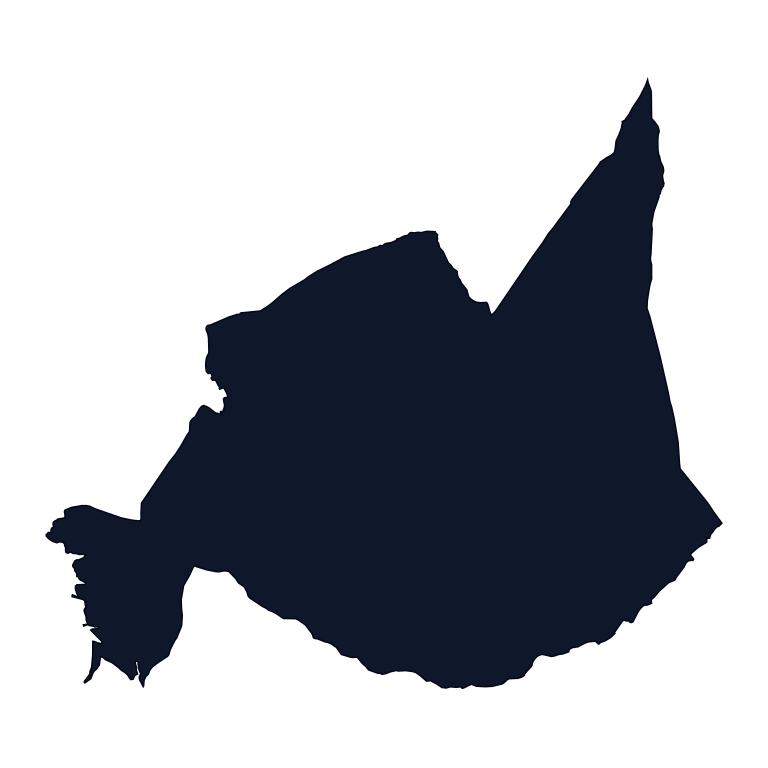 the district of Poplaca, Sibiu, Romania
{"feature_id": "2599482B75853154347523", "entity_name": "Poplaca", "entity_type": "district", "adm_level": 2, "iso_a3": "ROU", "parent_name": "Romania", "parent_adm1": "Sibiu", "projection": "equal_earth", "projection_center": [24.032, 45.739], "detail": "fine", "context": "isolated", "style": "filled", "palette": "ink", "viewbox_px": 768, "rotation_deg": 0, "n_neighbors": 0, "source": "geoboundaries", "source_scale": "gbopen_adm2", "svg_char_len": 6024}
<svg xmlns="http://www.w3.org/2000/svg" viewBox="0 0 768 768"><path d="M143.2,686.7L143.6,686.1L144.1,680.3L145.8,676.5L148.3,674.2L149.9,670.1L152.1,667.2L157.0,663.3L167.6,656.3L168.8,654.7L169.8,650.9L171.2,647.6L174.7,640.8L176.8,637.7L181.3,626.7L181.7,625.1L182.3,615.2L181.5,608.8L181.2,599.7L183.6,585.6L189.9,574.6L193.4,566.7L195.1,566.2L206.6,569.8L216.3,571.7L219.5,571.8L222.9,571.0L225.9,570.9L228.9,571.5L235.8,578.7L238.4,582.8L244.3,586.9L246.9,591.8L248.2,596.1L249.7,597.9L262.3,606.3L266.3,608.3L268.6,610.2L272.1,611.4L277.0,614.1L283.4,618.5L295.5,618.7L298.2,619.9L305.4,624.9L312.2,633.9L313.5,637.8L314.8,638.5L317.5,638.8L324.6,641.7L327.8,642.4L330.7,643.6L336.5,647.5L341.3,654.4L350.2,657.1L353.0,657.5L357.1,657.0L362.4,663.5L366.3,666.9L368.5,669.9L378.0,673.3L380.3,673.2L381.8,674.3L385.5,673.7L390.5,671.8L396.1,670.5L398.6,671.0L405.3,670.6L412.2,671.4L415.8,672.5L420.2,675.6L426.5,681.1L430.5,680.7L436.9,684.1L441.9,687.5L446.3,688.0L450.2,686.8L456.2,687.3L460.7,686.8L462.0,688.2L463.6,688.0L471.3,684.2L476.2,686.2L485.2,686.7L492.3,686.3L501.9,684.0L503.5,683.2L507.4,679.6L509.3,678.7L517.8,678.3L521.5,677.2L524.0,675.7L524.6,675.0L524.5,674.0L531.7,666.0L532.8,661.9L533.9,660.1L535.8,657.6L538.0,655.8L541.2,654.5L543.1,654.5L551.6,656.5L554.7,655.9L558.3,654.6L562.7,653.9L568.7,651.8L569.1,649.9L570.7,648.4L573.0,647.5L578.0,646.8L584.7,643.2L588.3,641.9L594.9,641.2L596.3,641.8L598.1,643.9L599.1,643.9L600.0,642.8L605.7,640.5L610.8,637.4L614.9,633.4L614.3,632.7L622.3,621.2L623.8,620.0L626.1,620.9L629.2,621.1L630.1,622.4L631.4,622.5L632.9,621.9L638.4,611.2L640.9,608.0L643.3,605.7L644.5,605.2L647.5,605.0L651.6,603.3L651.2,600.9L651.5,599.5L654.4,596.9L659.2,591.2L668.5,582.7L674.8,580.1L676.5,577.0L683.9,567.2L686.3,562.5L688.6,560.7L693.1,560.3L693.6,559.3L692.6,557.5L691.4,556.4L690.8,555.1L690.9,553.7L698.5,547.1L706.7,542.2L706.8,538.2L709.7,538.2L709.9,536.5L711.2,533.6L712.6,532.2L714.8,529.0L716.9,526.9L719.1,526.0L721.9,523.2L713.7,512.0L707.8,503.1L680.1,468.7L679.5,463.7L678.1,442.0L674.2,418.7L671.6,407.0L670.0,402.1L668.0,391.6L660.2,357.1L649.8,316.7L647.0,308.4L647.3,301.0L648.9,290.3L650.1,283.9L651.6,279.0L651.6,264.6L650.5,260.3L650.4,257.8L650.9,254.3L652.2,228.7L651.7,225.8L651.7,223.1L653.9,211.4L659.0,196.9L658.8,195.5L660.2,193.7L660.9,190.1L661.8,189.0L661.8,188.0L663.4,186.1L664.0,183.1L663.4,182.0L662.4,175.7L663.7,170.8L663.2,167.2L660.5,161.2L659.5,156.3L658.8,155.0L658.0,150.3L657.8,141.7L658.1,135.6L659.2,131.0L658.1,126.7L654.6,121.8L651.6,118.4L651.3,92.5L650.9,90.0L648.1,82.5L647.6,79.8L645.7,85.2L639.8,96.8L632.5,107.8L629.1,114.2L624.7,120.4L622.3,121.5L622.3,123.9L621.8,125.5L621.6,127.7L619.0,134.7L616.1,140.9L615.3,148.2L614.7,151.3L613.8,153.1L611.0,155.4L606.8,157.6L600.3,162.1L599.0,164.4L571.5,200.1L570.8,202.4L570.9,204.0L552.5,228.8L548.4,233.7L543.0,242.3L533.0,256.1L500.7,303.6L495.1,311.7L491.4,315.2L489.9,311.9L488.2,305.6L487.5,303.7L486.5,302.4L480.4,302.7L476.2,302.2L473.4,300.8L470.8,299.0L469.3,297.5L468.6,296.5L466.8,289.9L461.2,282.8L460.2,280.0L458.9,278.7L458.2,277.1L457.5,275.4L457.1,271.4L453.0,268.3L450.6,264.8L448.4,262.9L443.1,251.6L439.5,247.4L438.6,243.3L437.3,241.3L437.2,240.1L437.6,239.2L437.1,235.8L437.6,234.9L435.6,232.8L435.1,231.7L426.8,231.3L421.5,232.6L417.7,232.3L414.3,232.9L411.2,232.5L409.9,232.9L407.5,235.4L403.8,236.1L399.2,238.5L397.0,238.8L396.7,240.0L393.6,241.7L390.6,242.7L386.3,243.4L384.7,244.0L382.6,245.7L380.0,245.5L377.7,247.0L374.1,247.6L365.3,250.9L363.2,251.2L344.8,257.0L330.5,264.7L316.9,271.4L308.4,276.8L304.6,279.8L289.8,288.5L282.3,294.1L272.7,302.5L267.7,306.3L260.4,311.0L240.9,312.9L239.4,314.3L237.1,314.4L229.0,317.0L210.4,325.0L207.8,325.4L206.8,326.3L206.1,327.8L206.1,329.5L207.9,334.4L208.5,337.8L208.9,351.3L208.8,353.2L207.2,355.9L206.4,358.3L205.9,361.3L205.6,366.0L206.4,371.5L208.2,373.6L209.6,373.0L210.6,373.1L211.2,373.8L212.4,376.6L211.2,377.7L211.2,378.4L212.5,380.3L215.5,380.0L218.5,385.8L219.6,386.9L219.2,388.6L219.7,389.2L223.1,387.9L223.9,388.0L226.9,393.5L227.8,396.9L227.1,397.4L224.6,397.7L223.6,398.6L223.5,400.0L224.6,405.2L224.0,408.4L223.3,409.8L223.9,410.5L223.6,411.2L220.5,411.6L220.4,412.4L222.4,414.7L215.3,412.8L209.2,408.0L206.5,406.5L203.5,405.5L201.6,406.4L199.5,408.8L195.3,416.6L192.8,418.5L191.1,420.4L190.0,422.6L189.5,431.6L186.7,435.6L181.1,445.6L175.7,454.0L169.5,461.8L141.5,503.1L141.0,512.6L141.1,518.3L140.5,520.6L138.4,520.9L131.7,520.1L121.2,517.9L95.0,508.8L89.6,506.2L86.3,505.6L81.9,505.6L71.9,507.3L65.0,510.1L64.4,511.8L64.9,514.1L65.1,516.7L63.9,518.1L57.9,519.0L54.9,521.6L55.2,520.9L53.9,521.6L53.2,522.7L53.1,524.6L53.5,526.6L53.0,527.6L51.6,528.1L51.1,529.4L51.0,534.1L50.1,534.0L50.0,532.6L48.4,532.4L46.1,534.9L46.4,536.2L48.4,538.5L52.5,541.3L56.9,542.8L59.8,541.8L62.9,542.3L64.5,543.8L64.7,545.8L65.5,547.1L65.7,551.9L66.8,553.0L68.3,553.1L70.3,552.0L73.1,553.4L76.4,553.6L79.8,554.6L81.6,554.2L85.7,554.8L83.4,557.8L78.6,559.8L76.7,559.8L74.8,561.0L72.7,565.1L72.9,566.6L74.4,568.2L74.9,570.9L76.8,573.5L76.8,576.5L78.4,576.9L78.9,578.6L80.1,579.8L86.1,583.0L85.1,584.4L76.9,584.8L75.5,586.1L75.4,588.9L76.9,593.8L78.1,595.6L80.0,597.0L76.3,596.3L72.4,594.8L72.0,596.6L82.4,599.3L84.6,600.3L85.8,607.6L84.7,608.7L84.1,610.1L84.3,611.6L86.1,616.7L86.2,620.1L87.9,624.1L83.4,624.8L83.6,626.0L88.0,624.6L89.4,625.6L93.3,626.1L95.1,627.0L98.4,626.6L98.9,627.7L97.5,628.6L92.2,629.1L90.7,630.1L102.1,641.7L101.7,642.9L100.1,643.6L93.9,641.4L92.8,641.3L92.7,655.2L91.6,667.4L90.1,671.1L89.7,674.2L84.4,681.4L84.2,682.2L84.6,682.8L85.1,682.7L90.8,678.7L93.0,672.9L94.3,671.0L96.5,669.1L99.3,665.0L100.3,657.5L101.5,656.7L103.4,657.6L105.2,659.5L112.3,662.8L118.2,667.3L121.6,670.4L125.2,672.7L127.8,675.2L129.6,678.2L130.9,679.6L133.1,679.2L134.8,675.4L137.6,674.0L136.3,670.1L136.5,668.1L135.3,662.9L135.3,661.7L137.3,661.1L138.0,661.8L138.5,667.6L139.2,670.3L140.7,673.8L139.4,676.5L139.2,678.1L139.8,680.1L143.2,686.7Z" fill="#0f172a" stroke="#020617" stroke-width="1.5"/></svg>